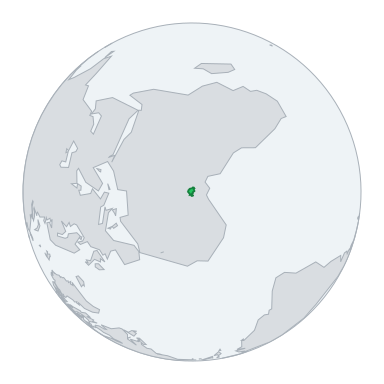 Kaduna on an orthographic globe, rotated 244°
{"feature_id": "NGA-2864", "entity_name": "Kaduna", "entity_type": "State", "adm_level": 1, "iso_a3": "NGA", "parent_name": "Nigeria", "parent_adm1": "", "projection": "orthographic", "projection_center": [7.395, 10.247], "detail": "fine", "context": "on_globe", "style": "filled", "palette": "green", "viewbox_px": 384, "rotation_deg": 244, "n_neighbors": 0, "source": "natural_earth", "source_scale": "10m", "svg_char_len": 9978}
<svg xmlns="http://www.w3.org/2000/svg" viewBox="0 0 384 384"><g transform="rotate(244 192 192)"><circle cx="192" cy="192" r="169" fill="#eef3f6" stroke="#a8b0b8"/><path d="M134.4,33.2L136.5,32.4L131.2,34.5L132.4,34.4L128.6,35.9L132.9,34.5L136.1,33.2L139.1,32.3L140.1,32.2L135.4,34.0L134.2,34.3L133.4,34.8L130.6,35.8L132.6,35.3L126.7,37.8L134.0,35.4L130.5,37.4L126.3,39.1L124.9,38.8L111.5,43.8L106.8,46.3L101.5,49.7L95.4,55.7L91.0,58.9L86.3,63.3L89.5,61.3L94.4,57.2L99.4,55.1L104.7,50.9L107.5,49.6L113.8,45.9L114.7,46.7L112.3,49.8L107.2,53.1L106.0,54.8L112.5,52.1L104.5,59.5L101.8,66.9L99.6,69.1L92.2,71.6L88.2,69.6L78.7,74.9L86.8,72.0L80.9,78.4L80.8,79.9L82.3,80.2L85.2,78.1L83.6,80.7L75.0,83.9L76.3,81.6L79.1,80.4L77.1,79.8L71.3,83.0L68.8,86.4L62.6,89.1L60.7,91.8L58.4,94.2L61.8,89.6L55.5,98.3L47.9,105.8L39.2,122.2L45.6,108.5L46.6,106.1L46.8,105.5L53.8,94.7L61.6,84.5L70.2,74.9L79.5,66.0L89.4,57.8L99.9,50.4L110.9,43.8L122.5,38.0L134.4,33.2ZM29.4,146.1L29.0,147.8L26.2,159.4L25.1,166.2L25.6,165.8L25.8,170.0L27.7,164.0L30.0,161.7L28.2,171.4L30.8,163.4L31.1,168.9L36.7,171.5L35.8,173.5L40.3,187.5L48.0,195.4L49.8,203.2L48.6,207.2L51.9,209.5L52.0,212.4L67.8,220.7L78.1,229.8L79.2,239.9L73.5,249.9L74.9,272.6L66.4,277.6L68.7,286.4L69.8,297.9L64.1,295.0L70.4,302.3L71.0,305.3L68.5,304.4L72.1,308.8L70.5,308.0L74.4,311.7L77.9,316.3L83.9,321.6L88.0,325.2L92.1,328.2L91.6,327.9L80.2,318.7L69.7,308.6L69.1,307.9L69.3,308.1L63.9,302.2L59.0,296.2L52.1,286.0L36.7,254.3L33.8,247.2L29.6,237.4L24.1,210.5L23.4,201.2L23.1,195.9L24.2,183.7L25.3,170.2L25.3,167.8L24.5,172.0L25.3,164.7L29.4,146.1ZM36.7,127.7L35.2,138.5L33.7,137.9L34.4,136.7L35.3,132.7L36.1,128.4L35.4,128.8L36.7,127.7ZM41.4,119.8L41.5,118.8L41.8,119.2L41.4,119.8ZM112.8,45.7L113.2,45.8L111.8,46.4L112.8,45.7ZM115.0,44.2L113.1,44.9L113.9,44.2L115.1,43.8L115.0,44.2ZM117.3,43.5L115.5,43.1L117.0,42.1L122.7,39.7L117.3,43.5ZM136.7,32.9L133.3,34.2L135.2,33.2L136.7,32.9ZM142.9,30.3L142.7,30.4L143.7,30.1L150.1,28.3L151.1,28.1L148.0,29.0L144.0,30.1L147.8,29.1L137.2,32.5L138.4,31.8L142.9,30.3ZM140.4,31.9L140.3,31.7L145.1,30.1L146.3,30.2L144.4,30.7L140.4,31.9ZM156.2,26.9L151.7,28.0L151.1,28.1L156.2,26.9ZM143.8,31.0L146.8,30.4L145.5,31.1L140.9,32.0L143.8,31.0ZM145.8,29.8L148.2,29.1L147.3,29.4L145.8,29.8ZM142.4,34.1L142.1,33.6L144.6,32.7L142.4,34.1ZM148.0,30.1L148.5,29.9L149.4,29.5L151.1,29.3L148.0,30.1ZM153.9,27.5L154.2,27.5L156.7,26.8L158.8,26.5L154.1,27.7L157.0,27.1L157.6,27.0L153.0,28.1L153.9,27.5ZM155.6,28.3L150.3,30.1L150.3,31.1L148.1,31.8L148.5,30.2L155.6,28.3ZM154.5,28.0L154.7,28.3L151.8,28.9L149.9,29.2L154.5,28.0ZM161.9,26.0L160.0,26.1L161.1,25.9L161.9,26.0ZM156.2,28.4L157.4,28.0L156.5,28.4L156.2,28.4ZM160.8,26.5L159.9,26.5L161.2,26.2L160.8,26.5ZM160.7,27.3L158.9,27.8L157.6,27.9L160.7,27.3ZM161.2,26.8L163.1,26.5L158.2,27.6L160.6,26.8L161.2,26.8ZM162.1,26.3L162.6,26.1L162.3,26.3L162.1,26.3ZM166.7,26.9L160.8,28.3L157.8,28.4L164.0,26.9L166.7,26.9ZM92.7,328.7L98.9,332.9L99.4,333.3L92.7,328.7ZM94.8,329.5L95.1,329.1L96.7,330.1L96.8,330.6L94.8,329.5ZM359.5,169.6L359.4,169.0L357.6,158.3L353.6,143.7L354.1,147.7L352.3,141.6L347.0,130.5L346.6,136.1L347.3,154.9L350.5,171.0L349.4,179.1L340.5,157.9L334.9,143.2L332.8,145.5L322.8,134.6L308.6,137.2L305.6,133.7L303.2,136.1L296.0,133.4L291.1,127.6L287.2,128.7L300.0,143.9L304.1,142.9L306.2,135.8L309.1,141.6L315.9,145.8L311.7,162.0L289.1,179.3L285.4,167.5L260.2,137.4L260.1,133.7L260.0,133.3L259.6,132.6L258.8,138.7L254.0,132.9L269.1,154.0L272.3,163.6L288.8,180.1L287.6,182.2L292.5,185.4L306.2,178.6L306.6,182.7L301.1,202.6L280.8,231.0L282.6,247.8L279.7,262.4L265.1,273.4L264.5,284.2L256.8,288.7L255.0,294.8L247.7,301.7L236.2,308.5L218.6,309.7L219.0,304.4L212.5,294.2L204.0,268.4L210.0,255.9L209.0,246.3L196.1,225.3L199.1,213.1L195.2,208.1L187.6,209.6L183.0,203.7L178.2,203.7L147.4,208.3L137.1,200.3L122.9,176.1L127.9,166.5L127.3,155.4L160.4,118.6L169.1,120.5L197.0,115.0L200.7,116.2L199.2,124.5L221.6,133.6L226.7,126.3L245.2,130.7L256.4,129.5L257.2,113.9L238.9,115.4L234.0,108.3L247.3,100.8L263.0,100.4L261.6,97.7L250.2,92.4L252.3,87.2L246.0,90.3L249.7,92.8L245.9,95.0L242.3,92.9L243.2,91.0L238.0,90.2L235.1,100.3L238.5,103.9L225.9,106.7L230.3,113.2L227.4,116.7L218.8,107.0L218.5,103.3L203.8,93.8L203.0,97.8L216.8,107.3L213.2,106.7L212.2,113.1L210.0,107.8L195.1,97.2L182.8,100.3L169.5,116.5L161.8,118.1L154.1,115.3L156.3,99.6L173.5,97.8L174.5,93.0L168.8,86.5L174.5,86.8L174.3,84.2L180.6,83.6L187.2,77.1L193.3,76.2L193.8,68.7L197.0,67.4L195.8,72.1L198.1,75.1L212.9,73.9L215.1,72.1L214.3,67.6L218.5,68.2L215.8,64.0L223.2,61.9L211.9,61.2L210.6,56.8L214.0,53.2L211.5,51.8L206.0,57.7L205.7,60.3L208.6,62.6L205.9,70.6L201.3,72.2L196.4,64.0L189.3,65.8L188.7,59.3L203.9,46.1L211.3,43.7L227.9,48.0L227.4,50.6L221.2,50.1L228.8,54.3L227.3,52.1L230.7,52.8L230.4,49.4L232.8,49.8L228.3,46.1L231.3,46.2L234.1,48.6L236.1,44.4L241.6,44.3L240.9,43.2L238.6,42.1L247.2,43.2L246.3,42.4L243.1,41.7L239.2,39.8L235.7,37.0L238.9,37.5L240.6,38.5L248.9,41.9L252.9,45.0L253.9,45.0L251.1,42.4L241.0,38.3L238.0,36.6L242.9,38.1L240.9,37.4L240.4,36.7L242.9,36.7L237.5,34.9L227.7,28.8L231.6,28.7L237.1,30.3L233.6,28.3L236.9,29.1L248.7,32.8L260.1,37.4L271.3,42.8L281.9,49.0L292.1,55.9L301.8,63.6L310.9,71.9L319.3,80.9L327.1,90.5L334.1,100.7L340.4,111.3L345.9,122.3L350.6,133.8L354.4,145.5L357.4,157.5L359.5,169.6ZM151.0,137.1L150.6,140.4L151.0,137.1ZM281.3,108.3L289.7,108.0L283.2,99.1L285.8,98.4L282.6,95.9L282.6,98.5L274.4,91.7L277.0,88.7L274.6,85.1L271.7,85.1L268.2,91.8L279.9,101.3L279.2,105.3L281.3,108.3ZM37.0,171.5L37.4,173.7L36.3,173.3L37.0,171.5ZM32.2,141.5L32.5,142.4L32.2,144.1L31.8,144.1L32.2,141.5ZM37.6,146.8L38.5,148.3L37.0,148.4L37.6,146.8ZM35.3,140.0L36.8,146.0L34.0,147.3L33.2,143.7L34.5,143.9L35.3,140.0ZM38.8,124.9L38.7,125.9L37.8,127.5L38.8,124.9ZM41.6,120.2L42.0,118.7L41.6,120.2ZM81.5,78.2L82.1,78.0L83.0,78.8L81.5,79.5L81.5,78.2ZM93.9,77.0L91.1,81.3L92.0,78.5L89.3,80.0L87.9,76.6L98.3,70.0L93.8,73.4L93.9,77.0ZM88.9,70.8L88.6,73.3L88.5,70.9L88.9,70.8ZM167.1,72.2L169.9,73.5L168.5,76.5L160.8,79.0L162.7,74.6L167.1,72.2ZM174.2,74.9L171.5,66.9L176.1,65.4L174.0,67.5L177.3,67.3L174.7,70.7L181.8,77.8L181.1,81.0L167.3,83.1L172.2,80.4L169.2,79.1L174.2,74.9ZM156.4,53.4L155.3,51.1L166.8,50.7L166.5,53.0L158.9,55.3L154.7,54.0L156.4,53.4ZM127.7,39.9L126.6,40.0L127.9,39.4L129.9,38.8L127.7,39.9ZM142.1,34.0L134.2,39.5L132.5,39.7L129.9,43.3L124.4,45.4L126.2,42.8L120.0,47.5L119.4,46.1L115.7,49.3L120.4,43.4L119.6,42.8L122.6,42.6L127.7,40.6L129.7,39.6L134.8,36.2L135.7,34.3L140.9,32.5L144.4,31.7L144.9,31.9L141.4,32.9L144.7,32.4L140.0,34.1L142.1,34.0ZM181.9,30.4L177.5,30.4L183.4,31.9L178.7,32.7L179.7,32.9L177.0,34.1L175.4,36.1L173.0,36.3L173.4,37.0L171.6,38.1L171.4,39.2L167.0,40.1L166.4,41.7L164.7,41.3L164.8,43.8L162.7,42.4L160.2,44.0L163.5,44.5L140.5,49.2L132.4,53.1L126.8,57.3L124.1,55.0L127.6,49.9L134.5,44.3L142.7,41.3L140.0,41.1L143.1,39.6L143.9,40.4L144.5,38.4L147.3,37.6L153.4,34.1L152.5,32.4L154.7,31.3L156.5,31.5L157.5,30.3L162.2,30.2L163.9,29.5L170.3,28.9L172.7,30.2L174.4,29.4L179.4,29.2L181.9,30.4ZM168.5,26.7L172.4,27.5L171.7,28.5L160.9,29.2L158.7,29.8L151.7,30.8L152.8,29.5L154.7,29.3L156.8,28.8L155.6,29.4L158.1,28.6L160.8,28.4L163.5,27.8L164.0,28.1L168.5,26.7ZM204.0,112.9L206.7,113.1L210.8,112.5L210.2,116.7L204.0,112.9ZM193.7,105.7L196.0,105.1L197.2,110.2L194.4,110.3L193.7,105.7ZM196.3,100.6L196.1,104.6L194.5,102.4L196.3,100.6ZM197.8,71.4L200.2,70.7L200.8,71.7L200.0,73.4L197.8,71.4ZM198.5,36.9L196.1,36.3L196.5,35.9L193.6,33.8L196.9,33.4L199.9,34.4L198.5,36.9ZM254.7,116.8L252.1,120.0L250.1,118.7L251.4,117.8L254.7,116.8ZM230.5,118.4L236.5,119.9L230.3,119.5L230.5,118.4ZM201.6,36.0L200.0,35.2L202.6,35.5L201.6,36.0ZM199.1,33.0L202.0,33.1L196.9,33.1L199.1,33.0ZM290.2,326.2L289.3,327.7L287.8,328.3L290.2,326.2ZM303.4,256.8L289.9,283.1L283.4,284.1L283.7,277.0L289.8,261.5L297.8,256.1L302.1,248.6L303.4,256.8ZM360.8,185.6L360.1,177.2L360.3,176.7L360.4,178.1L360.8,185.6ZM351.0,172.4L353.6,181.3L352.7,183.5L351.0,172.4ZM227.1,34.0L227.6,37.0L230.0,39.6L234.8,41.4L228.3,40.5L224.4,36.5L227.1,34.0ZM227.3,29.2L223.1,28.1L224.7,28.1L225.9,28.4L227.3,29.2ZM224.9,28.9L220.2,28.6L217.7,27.8L221.9,28.1L224.9,28.9ZM211.0,31.4L210.9,32.2L208.8,31.9L211.0,31.4ZM222.4,25.8L225.1,26.3L223.4,26.0L221.4,25.6L222.4,25.8Z" fill="#d9dde1" stroke="#a8b0b8" stroke-width="1"/><path d="M195.9,191.1L195.9,191.3L195.8,191.5L196.0,191.7L196.0,191.8L195.9,192.0L195.7,192.2L195.6,192.4L195.7,192.7L195.6,193.1L195.6,193.3L195.6,193.5L195.5,193.8L195.4,193.8L195.4,194.2L195.5,194.4L195.6,194.6L195.8,194.7L195.7,194.9L195.7,195.1L195.5,195.4L195.4,195.5L195.2,195.7L194.9,195.3L194.6,195.3L194.5,195.2L194.5,195.3L194.3,195.5L194.1,195.7L194.0,195.4L193.9,195.0L193.7,194.9L193.7,194.7L193.4,194.7L193.3,194.9L193.2,194.9L192.9,194.8L192.8,194.7L192.7,194.8L192.5,194.7L192.4,194.6L192.3,194.8L192.2,194.8L191.8,194.8L191.7,194.8L191.6,194.7L191.5,194.4L191.7,194.2L191.8,194.0L191.8,193.9L191.7,193.8L191.7,193.7L191.5,193.4L191.7,192.8L191.5,192.7L191.1,192.7L190.9,192.7L190.7,192.6L190.5,192.4L190.8,192.2L191.0,192.0L191.0,191.9L190.8,191.7L190.7,191.6L190.7,191.3L190.6,191.2L190.4,191.2L190.4,190.9L190.2,190.8L190.1,191.0L189.9,191.0L189.6,191.1L189.4,191.0L189.2,191.0L188.8,191.3L188.7,191.5L188.4,191.6L188.2,191.4L188.2,191.2L188.3,191.2L188.3,190.9L188.3,190.7L188.3,190.3L188.4,190.2L188.6,190.1L188.6,189.9L188.8,189.9L188.9,189.7L189.0,189.7L189.3,189.7L189.5,189.7L189.9,189.6L190.0,189.6L190.1,189.4L190.1,189.1L190.4,188.8L190.5,188.8L190.5,188.7L190.6,188.8L190.9,188.8L191.0,188.9L191.0,189.0L190.9,189.0L191.1,189.2L191.2,189.3L191.3,189.4L191.5,189.4L191.6,189.2L191.8,189.0L192.0,189.0L192.0,188.9L192.2,188.7L192.4,188.7L192.5,188.8L192.8,189.0L193.0,188.9L193.1,188.7L193.3,188.7L193.6,188.4L194.0,188.3L194.1,188.5L194.1,188.8L194.4,188.9L194.5,189.0L194.8,189.2L195.0,189.2L195.3,189.5L195.4,189.9L195.3,190.2L195.4,190.5L195.2,190.7L195.3,190.9L195.5,190.9L195.7,191.1L195.8,191.1L195.9,191.1Z" fill="#22c55e" stroke="#15803d" stroke-width="1.5"/></g></svg>